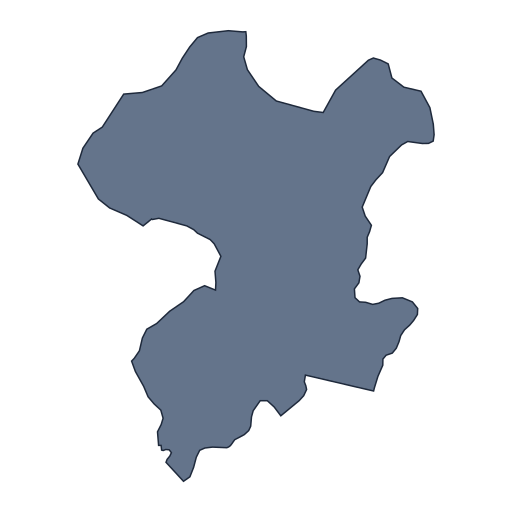 an SVG outline of Boulgou
{"feature_id": "BFA-2826", "entity_name": "Boulgou", "entity_type": "Province", "adm_level": 1, "iso_a3": "BFA", "parent_name": "Burkina Faso", "parent_adm1": "", "projection": "robinson", "projection_center": [-0.398, 11.449], "detail": "fine", "context": "isolated", "style": "filled", "palette": "slate", "viewbox_px": 512, "rotation_deg": 0, "n_neighbors": 0, "source": "natural_earth", "source_scale": "10m", "svg_char_len": 1963}
<svg xmlns="http://www.w3.org/2000/svg" viewBox="0 0 512 512"><path d="M373.6,391.0L355.0,386.7L305.4,375.1L304.3,381.8L305.8,385.7L306.6,389.5L303.7,395.7L299.1,400.7L280.8,415.8L274.2,407.0L267.3,400.7L260.2,400.7L253.2,410.7L251.5,416.8L250.7,426.2L248.7,430.6L244.3,434.6L234.7,439.7L231.3,444.5L230.4,445.6L229.3,446.5L228.1,447.2L226.8,447.7L212.5,447.1L204.9,448.0L199.7,450.3L196.3,457.2L193.6,467.4L189.9,476.8L183.5,481.3L166.0,462.3L167.1,459.4L169.8,456.1L171.4,452.7L169.2,449.8L165.8,449.5L163.2,450.5L161.6,450.1L161.1,445.4L158.6,445.4L157.5,431.8L161.2,424.5L163.1,418.2L160.8,410.1L154.1,403.9L148.1,396.8L143.7,386.4L135.4,371.5L131.6,361.1L134.2,358.4L139.4,350.8L142.4,338.0L146.8,329.2L156.7,323.5L169.7,311.2L183.6,301.7L193.9,290.5L204.6,285.7L215.5,290.1L215.9,282.6L215.0,271.2L220.9,256.3L214.2,243.8L210.2,239.6L197.5,233.2L193.8,229.7L186.8,225.9L158.9,218.3L152.3,219.5L151.6,219.0L143.1,225.9L126.8,215.4L109.7,208.0L98.4,199.0L77.9,164.1L82.9,148.2L93.1,133.1L102.3,127.1L123.7,94.1L142.4,92.5L161.7,85.9L176.0,69.9L182.3,58.2L189.7,47.0L197.5,37.6L208.1,33.0L228.3,30.7L242.8,31.9L245.8,31.7L246.3,36.0L246.4,46.6L243.7,56.8L247.4,69.7L258.7,86.4L276.3,101.0L313.8,111.3L323.2,112.5L335.6,90.1L368.4,60.2L373.4,58.0L375.3,58.6L380.3,60.0L388.2,63.9L391.9,78.0L403.9,87.2L421.0,91.2L429.9,107.7L433.3,124.2L433.8,130.6L434.1,134.7L433.2,141.1L428.5,143.4L422.4,143.5L407.7,141.5L401.6,144.9L389.6,156.5L382.6,172.6L376.0,179.7L370.8,186.5L362.2,207.1L365.2,216.1L371.4,225.3L369.6,231.6L367.2,237.3L367.2,243.8L365.6,258.1L361.2,264.0L357.8,269.8L360.0,276.3L358.9,282.8L354.4,288.9L355.0,297.7L359.5,301.9L365.7,302.3L372.7,304.4L378.8,303.2L385.0,300.2L392.0,298.4L402.4,297.8L412.4,301.9L417.7,308.5L417.4,314.5L413.6,320.5L409.8,325.0L404.5,329.8L400.7,335.6L399.0,341.7L396.3,348.2L392.3,353.1L386.1,355.2L382.9,359.1L382.8,365.2L377.9,376.4L374.4,387.8L373.6,391.0Z" fill="#64748b" stroke="#1e293b" stroke-width="1.5"/></svg>